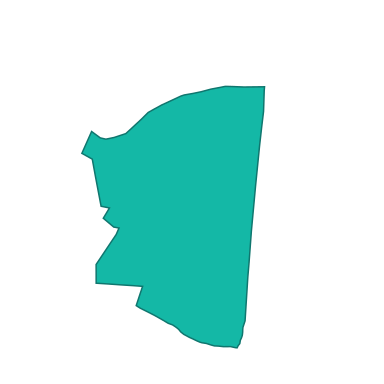 the district of Umraniyya, Al Jizah, Egypt, rotated 120°
{"feature_id": "37247803B30889137034133", "entity_name": "Umraniyya", "entity_type": "district", "adm_level": 2, "iso_a3": "EGY", "parent_name": "Egypt", "parent_adm1": "Al Jizah", "projection": "natural_earth1", "projection_center": [31.189, 29.993], "detail": "fine", "context": "isolated", "style": "filled", "palette": "teal", "viewbox_px": 384, "rotation_deg": 120, "n_neighbors": 0, "source": "geoboundaries", "source_scale": "gbopen_adm2", "svg_char_len": 1283}
<svg xmlns="http://www.w3.org/2000/svg" viewBox="0 0 384 384"><g transform="rotate(120 192 192)"><path d="M131.7,261.7L136.2,264.4L139.1,266.2L145.0,269.7L149.4,270.9L154.2,272.2L160.7,274.2L164.6,275.4L169.1,276.8L174.5,278.5L183.7,286.7L189.3,293.0L191.0,298.5L189.8,309.2L213.6,306.7L213.4,294.8L227.5,282.8L249.8,263.6L247.1,255.5L259.1,255.7L261.5,242.2L261.0,240.9L259.7,237.2L266.7,236.4L275.4,237.0L302.7,238.8L309.9,234.6L316.3,230.9L318.9,229.4L313.3,218.1L308.2,207.6L302.7,196.5L298.4,187.6L300.5,187.2L302.2,186.8L304.4,186.4L318.3,183.5L318.5,178.7L318.1,172.2L317.6,162.8L317.5,154.3L317.6,147.0L316.8,142.4L317.0,139.1L317.2,137.2L317.6,134.9L318.8,131.8L319.4,127.8L319.3,125.6L319.2,121.6L318.8,117.7L318.5,113.4L318.1,110.1L317.6,108.0L316.7,105.7L316.0,103.9L315.0,99.2L314.1,95.7L312.2,92.0L310.2,87.4L306.6,81.3L305.1,76.5L304.4,75.0L302.0,75.2L299.4,74.8L296.2,76.0L293.7,76.2L291.2,76.7L289.7,77.3L287.9,78.1L285.9,79.2L283.8,80.2L277.1,81.6L237.8,101.1L224.8,107.2L196.0,121.1L154.5,140.2L117.7,156.8L100.3,164.4L86.5,170.3L84.8,171.2L68.2,180.1L64.6,181.8L75.1,199.5L76.0,201.2L80.3,209.4L83.6,215.5L84.4,216.6L87.5,220.1L93.5,227.1L100.7,234.3L106.3,240.6L111.9,247.3L114.5,249.6L131.7,261.7Z" fill="#14b8a6" stroke="#0f766e" stroke-width="1.5"/></g></svg>